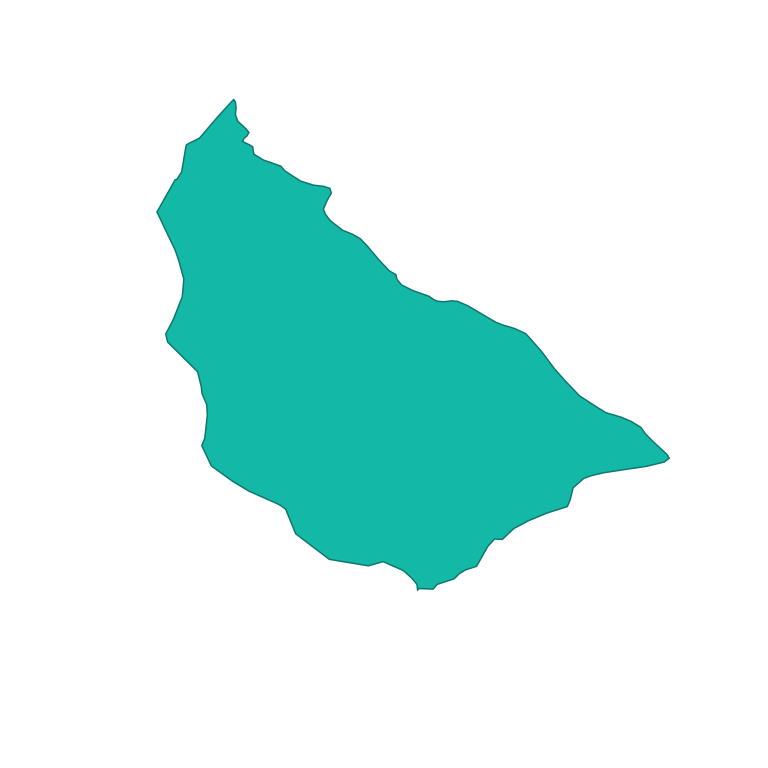 Sanquin Dist #1, Sinoe, Liberia (Equal Earth projection), rotated 298°
{"feature_id": "62588387B9002390323622", "entity_name": "Sanquin Dist #1", "entity_type": "district", "adm_level": 2, "iso_a3": "LBR", "parent_name": "Liberia", "parent_adm1": "Sinoe", "projection": "equal_earth", "projection_center": [-9.186, 5.483], "detail": "fine", "context": "isolated", "style": "filled", "palette": "teal", "viewbox_px": 768, "rotation_deg": 298, "n_neighbors": 0, "source": "geoboundaries", "source_scale": "gbopen_adm2", "svg_char_len": 1933}
<svg xmlns="http://www.w3.org/2000/svg" viewBox="0 0 768 768"><g transform="rotate(298 384 384)"><path d="M228.2,348.3L228.2,349.6L227.3,356.0L223.7,360.3L210.3,376.3L203.5,418.0L216.1,455.5L224.4,464.2L226.8,466.7L227.2,472.9L228.2,486.3L228.2,489.3L225.7,499.4L222.6,507.1L218.0,510.3L219.9,511.1L226.0,523.7L232.0,525.0L245.1,537.5L251.6,539.4L258.1,543.2L266.5,551.3L289.3,551.9L299.1,554.4L301.9,560.5L302.3,561.4L317.2,566.4L331.2,575.8L346.5,588.4L361.9,603.4L368.9,602.8L381.0,599.7L394.5,604.7L400.6,610.3L408.9,619.8L418.7,632.9L434.5,654.3L446.7,668.1L452.5,670.7L453.7,668.5L454.7,666.8L459.4,648.9L462.6,638.5L466.3,631.0L466.4,629.7L467.0,619.8L466.0,608.8L462.8,593.2L463.7,580.5L465.3,562.1L466.1,559.9L471.6,543.2L477.4,527.5L486.4,508.4L493.1,490.8L494.9,485.6L494.4,474.6L493.6,469.5L491.7,460.5L491.0,453.4L491.4,443.9L491.6,439.3L492.4,421.8L491.5,410.1L489.2,404.7L484.5,397.9L482.1,392.0L481.8,388.3L482.6,382.8L481.2,373.3L480.0,365.5L479.7,353.0L482.6,346.2L486.1,343.2L486.4,335.5L491.3,321.1L497.9,304.7L501.1,294.9L501.4,285.5L500.3,275.1L503.0,259.9L506.3,252.7L509.9,248.4L519.5,247.6L528.0,247.8L531.3,244.3L530.3,238.4L526.3,227.8L524.0,215.1L524.2,213.3L524.8,204.9L525.7,196.1L527.9,190.7L526.4,180.3L525.1,172.4L525.8,161.2L531.7,156.8L532.0,153.8L531.7,145.3L535.1,145.1L539.0,146.6L542.7,146.6L544.6,142.0L547.3,131.6L552.3,126.2L558.6,123.7L563.4,120.2L564.5,117.7L562.5,117.1L555.3,115.2L543.2,112.1L538.5,111.0L514.4,105.6L507.7,100.8L502.7,97.3L500.4,97.7L476.2,105.8L467.4,105.0L466.3,103.7L457.3,103.5L429.3,102.8L404.6,136.2L402.1,139.0L396.9,144.6L382.8,157.9L380.1,159.1L376.6,160.6L366.1,165.0L360.3,165.6L342.1,167.7L325.7,167.8L324.3,169.0L322.5,170.6L319.4,173.3L307.3,213.7L296.1,223.7L289.9,228.0L282.6,237.2L273.0,242.9L255.3,249.9L252.2,251.2L244.0,252.1L230.6,270.1L227.0,296.3L226.0,315.4L228.2,345.7L228.2,348.3Z" fill="#14b8a6" stroke="#0f766e" stroke-width="1.5"/></g></svg>